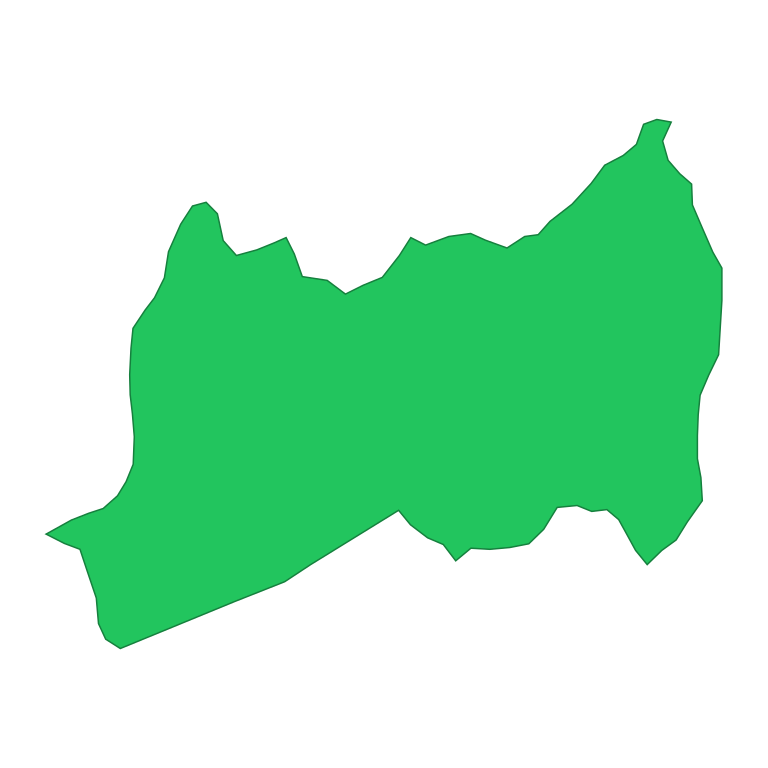 Curral de Cima, Paraíba, Brazil
{"feature_id": "56859067B74378135751111", "entity_name": "Curral de Cima", "entity_type": "district", "adm_level": 2, "iso_a3": "BRA", "parent_name": "Brazil", "parent_adm1": "Paraíba", "projection": "equal_earth", "projection_center": [-35.284, -6.731], "detail": "fine", "context": "isolated", "style": "filled", "palette": "green", "viewbox_px": 768, "rotation_deg": 0, "n_neighbors": 0, "source": "geoboundaries", "source_scale": "gbopen_adm2", "svg_char_len": 1312}
<svg xmlns="http://www.w3.org/2000/svg" viewBox="0 0 768 768"><path d="M120.3,648.5L234.2,601.7L284.7,581.7L310.6,564.6L398.6,510.3L410.5,524.8L427.6,537.8L443.3,544.5L455.7,560.8L470.9,548.2L489.9,549.3L509.8,547.5L528.8,543.8L543.7,529.3L557.2,507.4L577.1,505.5L591.7,511.4L606.9,509.6L618.7,519.6L627.3,535.2L635.6,550.4L647.2,564.6L661.8,550.4L676.1,540.0L687.4,521.8L702.3,500.7L700.9,477.6L697.4,458.7L697.4,435.6L698.2,414.8L700.1,395.2L708.7,375.1L718.6,354.7L721.9,300.4L721.9,268.1L712.8,252.1L702.3,228.0L692.4,204.9L691.6,184.1L679.7,173.7L668.1,160.3L662.6,141.0L671.2,122.1L656.8,119.5L643.6,124.3L636.4,144.4L623.2,155.5L604.7,165.2L591.2,183.4L572.1,204.2L550.1,221.3L538.2,234.7L524.7,236.5L507.0,248.0L485.5,240.2L470.6,233.5L448.8,236.5L425.6,245.1L410.8,237.6L399.4,255.5L382.3,277.4L363.3,285.2L345.4,294.1L327.2,280.4L302.3,276.6L294.3,254.0L286.1,237.6L273.4,243.2L256.8,249.9L236.4,255.5L223.2,240.6L217.4,213.8L206.1,202.3L192.5,206.0L180.7,224.2L168.5,251.7L164.4,277.8L154.5,297.8L145.1,310.1L133.0,328.3L131.0,348.3L129.7,374.7L130.2,394.8L132.4,413.7L134.3,436.8L133.2,464.3L126.1,481.7L117.5,495.8L103.2,508.5L88.6,513.3L71.5,520.0L46.1,534.1L64.3,543.4L80.0,549.3L86.9,570.1L96.3,598.0L98.5,623.6L105.7,639.2L120.3,648.5Z" fill="#22c55e" stroke="#15803d" stroke-width="1.5"/></svg>